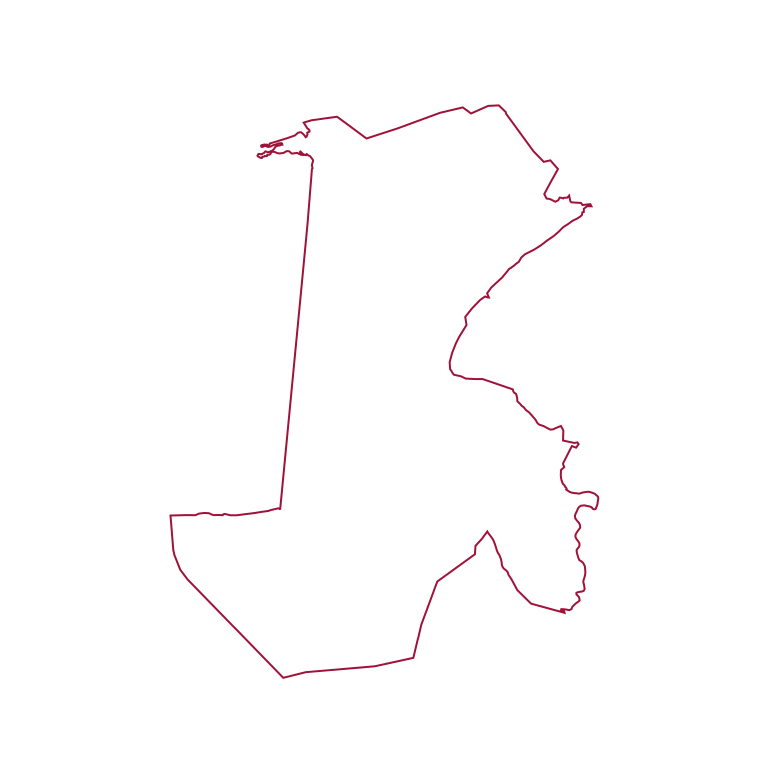 the district of San Dionisio del Mar, Oaxaca, Mexico, rotated 162°
{"feature_id": "50627088B65923103498155", "entity_name": "San Dionisio del Mar", "entity_type": "district", "adm_level": 2, "iso_a3": "MEX", "parent_name": "Mexico", "parent_adm1": "Oaxaca", "projection": "natural_earth1", "projection_center": [-94.764, 16.327], "detail": "fine", "context": "isolated", "style": "outline", "palette": "rose", "viewbox_px": 768, "rotation_deg": 162, "n_neighbors": 0, "source": "geoboundaries", "source_scale": "gbopen_adm2", "svg_char_len": 5650}
<svg xmlns="http://www.w3.org/2000/svg" viewBox="0 0 768 768"><g transform="rotate(162 384 384)"><path d="M379.6,657.4L377.9,650.7L377.1,649.9L376.5,648.3L376.8,647.1L377.8,647.0L378.3,646.9L379.4,646.7L379.7,644.9L380.4,644.1L381.3,643.1L382.2,642.9L382.6,644.2L383.1,645.7L384.1,647.5L385.0,648.9L386.1,649.4L388.3,649.5L389.6,648.9L391.9,647.9L400.8,647.7L418.4,648.0L419.0,647.0L419.4,646.4L419.8,645.7L420.4,646.3L420.7,646.8L420.9,647.4L421.4,647.9L422.2,648.1L423.2,648.3L423.9,648.8L425.1,648.8L425.9,648.9L426.8,648.9L427.3,648.5L427.3,647.6L426.8,647.1L425.8,647.0L425.1,647.2L423.6,647.2L422.9,646.9L422.5,646.5L422.0,645.9L420.9,645.3L419.7,645.0L418.3,644.9L417.0,645.2L415.5,645.4L414.1,645.3L412.5,645.3L410.1,645.4L408.5,645.1L407.2,644.8L406.6,644.1L406.7,643.0L407.7,643.2L409.6,643.1L411.0,643.4L412.6,643.5L413.8,643.2L414.6,642.7L415.6,641.8L417.0,640.9L418.4,640.4L419.5,640.5L420.7,640.2L421.8,640.2L423.2,640.3L423.8,641.1L424.9,641.9L425.9,641.4L426.6,640.8L427.7,640.7L428.9,640.4L430.1,640.7L430.6,640.7L431.1,641.1L431.7,641.5L432.2,641.5L432.7,641.4L433.3,640.7L433.8,640.2L433.5,639.3L432.8,638.7L432.3,638.1L431.8,637.4L431.0,637.0L430.3,636.7L429.8,637.2L429.5,637.8L428.6,637.5L427.7,637.4L427.0,637.7L426.1,637.2L424.9,637.0L424.5,637.7L423.6,637.8L422.1,637.5L420.8,637.9L420.5,638.6L419.8,639.0L418.8,639.4L417.5,639.1L416.3,638.5L415.5,637.8L414.2,636.6L412.5,635.7L411.0,635.3L409.1,635.0L407.9,634.8L405.7,635.4L404.4,635.5L403.4,635.1L402.2,634.5L401.4,633.1L400.7,631.8L399.5,631.3L398.7,631.3L397.6,631.1L396.8,630.9L395.8,630.8L394.8,630.4L394.0,629.3L393.1,628.7L392.4,627.9L392.0,627.6L391.6,627.4L391.1,627.2L391.4,628.2L391.8,629.4L392.2,630.1L392.2,630.7L391.7,631.0L391.1,630.1L390.6,628.8L390.0,627.9L389.3,627.2L388.5,626.2L387.4,625.6L386.9,625.7L387.0,626.4L386.5,626.6L386.0,626.0L385.5,625.0L384.6,624.2L384.0,623.6L383.6,622.8L383.1,621.2L382.4,619.5L382.5,618.1L383.0,617.4L383.8,616.3L384.6,615.0L385.1,613.9L385.1,613.0L385.3,611.3L385.8,610.9L386.1,610.7L407.6,559.1L430.9,505.4L520.7,298.7L521.3,297.3L521.9,297.3L522.1,297.6L522.8,298.4L530.7,299.1L533.2,299.0L539.3,300.1L546.5,301.2L564.7,304.7L567.0,305.4L570.8,306.7L575.7,309.7L577.6,309.6L577.9,309.1L582.8,310.9L586.2,311.8L588.2,313.1L590.4,315.2L594.8,316.9L600.0,317.9L603.9,317.5L612.2,320.3L627.7,324.9L635.7,291.2L635.9,288.8L636.2,285.8L636.1,285.0L635.2,270.3L631.2,258.8L602.4,200.3L600.2,196.0L570.6,135.7L547.4,134.1L480.1,118.4L440.7,114.5L430.5,131.2L430.2,131.5L422.8,143.7L400.8,171.5L400.2,172.4L394.3,179.7L350.1,194.0L347.0,201.8L338.5,206.6L337.1,207.7L331.3,211.8L331.0,210.2L329.8,206.9L328.7,203.6L328.2,201.0L328.0,197.6L328.0,194.1L328.1,191.4L327.9,188.4L327.1,185.7L327.0,183.8L326.9,181.0L327.2,178.2L327.8,175.6L327.7,173.0L326.9,171.1L325.5,169.1L324.5,166.9L324.5,163.7L323.8,161.5L323.4,159.8L323.0,158.3L322.2,154.0L320.9,146.8L312.9,131.4L311.9,129.6L283.0,110.6L282.9,112.2L284.0,113.4L285.4,114.5L284.9,115.1L282.4,114.1L281.1,113.6L277.7,111.6L275.3,112.0L273.7,113.9L270.4,115.6L268.6,116.3L266.6,116.9L264.8,117.7L264.4,120.4L264.7,121.9L265.3,123.1L266.0,124.4L265.6,125.9L264.6,126.1L263.5,126.0L261.9,125.9L259.8,125.4L257.9,125.6L256.5,127.1L255.8,131.2L255.7,133.9L254.8,135.9L253.8,137.2L252.8,138.6L251.8,140.2L250.8,142.3L250.0,145.3L249.3,148.6L249.9,152.4L251.2,154.5L252.6,156.0L252.9,158.4L252.8,160.9L252.8,163.5L252.4,165.4L252.1,166.6L250.8,167.6L249.1,168.7L247.9,170.1L247.4,172.2L248.0,174.8L248.8,176.9L249.2,179.2L248.4,181.5L246.6,183.2L244.4,184.9L241.8,186.7L241.2,189.2L241.5,191.8L242.8,194.6L243.6,197.4L243.1,199.8L241.8,201.5L240.3,203.0L238.9,204.6L237.7,205.9L236.5,206.7L234.5,207.4L232.0,206.9L230.5,206.5L229.5,205.8L226.0,203.8L224.5,202.4L224.1,201.0L223.5,200.3L222.6,199.8L221.6,199.7L220.8,200.2L220.4,201.0L219.6,201.8L218.5,203.2L217.7,204.7L216.9,206.4L215.7,208.5L215.3,210.3L215.6,211.4L216.4,212.6L217.1,214.0L218.6,215.5L220.3,216.7L221.5,217.6L222.7,218.3L224.3,218.7L228.5,219.4L232.4,219.4L234.2,220.4L236.5,221.3L238.6,222.4L240.7,223.9L242.6,226.3L243.9,228.0L243.2,227.4L242.7,227.9L242.8,229.0L243.5,230.2L243.7,232.1L244.6,233.6L244.8,234.7L244.9,237.9L244.6,240.1L244.0,242.8L243.1,245.2L242.8,246.1L242.1,247.6L239.4,248.7L238.2,249.4L238.5,251.7L238.2,253.2L224.5,266.9L221.0,264.1L217.5,266.6L218.1,268.7L221.2,269.1L231.2,274.9L227.8,284.4L228.7,289.4L234.5,289.0L237.0,288.6L239.9,289.2L245.5,294.9L249.0,297.4L250.2,299.6L251.0,303.3L252.8,307.7L254.8,312.2L257.1,315.4L258.2,318.5L259.8,320.8L260.7,323.0L262.5,326.4L261.7,329.4L261.4,333.7L263.0,335.7L263.3,337.2L263.2,339.1L288.8,358.3L295.2,360.3L304.6,363.9L308.5,367.6L314.5,371.1L315.3,372.9L315.3,373.1L316.5,377.9L314.8,384.5L309.6,392.5L303.0,400.5L297.8,405.7L287.3,414.6L286.0,422.7L277.1,428.6L266.6,434.2L260.8,436.0L259.0,434.5L257.5,433.8L257.9,438.4L252.2,442.6L238.9,448.7L231.3,453.5L229.4,454.8L227.4,455.2L226.7,455.5L224.0,456.3L221.1,457.6L218.1,458.5L214.4,461.8L210.0,463.8L199.3,465.5L192.0,467.4L184.1,470.2L177.2,472.2L170.9,474.8L165.7,477.5L164.0,478.1L159.6,479.2L154.1,481.0L149.4,481.6L145.6,482.6L143.6,483.5L142.2,486.0L140.9,485.8L139.7,489.0L135.7,490.3L131.8,488.9L132.2,491.3L139.9,492.9L140.7,495.3L149.7,498.9L150.3,500.3L149.7,506.0L152.0,504.6L155.4,505.5L156.3,505.1L157.6,506.2L159.3,507.0L161.5,504.9L164.7,504.4L169.0,508.6L172.1,510.2L172.9,515.1L163.1,524.5L152.1,534.7L156.7,545.3L163.4,545.9L169.9,559.1L184.3,603.1L184.2,605.0L188.7,613.5L199.0,616.3L217.6,614.4L223.6,622.7L246.9,624.6L292.1,622.9L324.8,622.9L342.8,648.2L346.1,652.7L371.3,657.2L377.8,657.4L379.6,657.4Z" fill="none" stroke="#9f1239" stroke-width="2"/></g></svg>